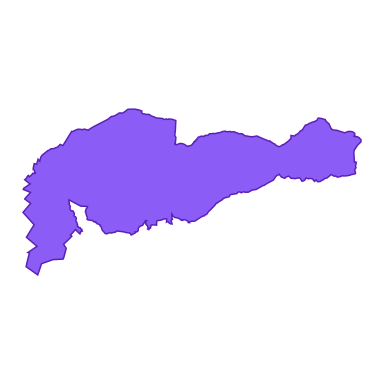 the district of Cetate, Bistrita-Nasaud, Romania
{"feature_id": "2599482B32384064794632", "entity_name": "Cetate", "entity_type": "district", "adm_level": 2, "iso_a3": "ROU", "parent_name": "Romania", "parent_adm1": "Bistrita-Nasaud", "projection": "albers", "projection_center": [24.662, 47.098], "detail": "fine", "context": "isolated", "style": "filled", "palette": "violet", "viewbox_px": 384, "rotation_deg": 0, "n_neighbors": 0, "source": "geoboundaries", "source_scale": "gbopen_adm2", "svg_char_len": 5955}
<svg xmlns="http://www.w3.org/2000/svg" viewBox="0 0 384 384"><path d="M361.0,139.6L360.0,138.9L359.4,137.9L358.3,137.2L357.3,136.7L356.4,136.9L356.3,136.6L355.7,136.2L355.0,136.5L354.0,136.4L354.9,133.9L354.3,133.0L353.3,132.2L352.4,131.8L351.2,131.5L348.4,131.4L344.6,132.8L336.5,130.2L333.0,130.0L331.9,129.2L330.8,128.0L328.9,123.6L327.2,122.3L325.6,120.7L325.3,119.6L320.0,118.2L318.2,118.1L316.8,120.4L313.9,121.8L312.0,122.2L310.6,123.0L308.7,123.7L307.2,124.8L305.5,125.0L304.3,126.8L302.4,129.9L300.4,131.0L297.8,133.9L296.1,134.6L294.5,136.0L291.0,135.5L291.0,138.4L288.7,140.8L284.0,144.4L282.4,144.7L281.6,145.6L279.4,146.6L278.0,146.4L276.0,145.3L274.7,144.0L272.4,143.0L271.8,142.1L270.5,141.9L270.0,140.9L268.6,141.0L260.4,137.6L259.6,137.1L258.4,137.0L258.2,136.6L257.2,136.0L252.6,136.7L250.6,136.7L246.8,136.0L244.9,135.8L242.3,133.8L239.8,133.6L239.0,133.9L237.7,133.1L236.1,132.7L234.6,131.8L230.9,131.9L230.5,131.5L227.0,131.7L225.9,131.6L225.4,131.1L222.6,131.5L220.0,132.6L217.6,132.9L215.8,133.5L215.1,133.5L214.7,133.7L213.6,133.4L211.5,133.7L209.4,133.8L208.4,135.1L207.0,135.4L205.8,135.3L205.0,135.6L204.9,135.9L204.5,135.9L204.3,136.2L203.9,136.2L203.6,136.5L202.4,136.2L200.9,136.3L200.2,136.4L200.0,136.9L199.7,137.0L198.5,137.0L198.0,137.4L197.7,138.0L197.2,138.5L196.9,139.2L196.0,139.8L195.9,140.6L195.8,140.9L194.7,141.1L194.5,141.8L193.8,142.0L193.4,143.2L192.7,143.6L192.5,144.2L191.9,144.8L190.5,145.6L189.0,145.8L188.3,146.3L187.2,146.3L186.2,145.5L184.0,144.2L183.2,143.9L181.7,143.5L179.7,143.5L177.8,144.3L176.0,144.7L175.0,144.4L174.9,143.8L175.2,143.5L175.0,143.4L175.2,143.0L175.5,142.1L175.3,142.0L175.3,141.8L175.4,141.4L175.6,140.7L175.9,137.4L174.7,135.2L175.0,133.7L175.4,129.8L175.8,120.5L173.2,119.7L172.8,119.4L172.0,119.3L169.5,119.0L168.4,119.0L168.1,119.4L167.2,119.3L166.2,118.9L165.4,119.3L164.4,119.5L162.6,118.6L161.6,118.4L158.8,118.1L156.7,118.1L154.4,117.0L151.2,115.9L149.5,114.6L148.5,114.3L146.1,114.5L145.5,114.1L144.8,114.0L143.3,113.9L142.4,113.4L141.6,112.7L141.8,111.0L138.1,109.7L137.3,109.7L136.5,109.4L133.9,109.1L128.0,109.3L127.2,109.7L125.5,111.2L122.4,113.2L120.2,112.9L118.7,113.2L117.6,114.1L115.2,115.5L113.6,116.2L111.3,116.5L107.9,119.3L93.2,126.9L89.1,129.4L88.5,130.2L84.4,129.1L82.7,129.6L78.9,129.2L77.6,129.3L74.9,130.4L72.6,131.6L71.8,131.3L70.9,132.6L62.9,145.6L60.2,144.4L57.8,146.8L56.7,147.5L55.0,148.0L54.1,148.5L50.9,148.8L48.7,150.4L48.1,150.4L42.1,155.2L41.0,156.8L40.4,158.5L39.8,161.2L38.1,159.2L36.6,164.2L34.2,163.6L33.2,168.3L33.2,169.6L34.2,169.9L34.7,171.6L34.7,172.3L35.3,172.5L35.4,173.2L34.0,173.6L33.0,173.2L31.7,174.7L29.6,176.7L28.3,175.4L27.2,176.7L27.1,176.9L27.3,177.0L25.9,178.8L24.7,179.7L28.4,182.8L30.2,183.9L23.8,188.2L23.3,189.5L30.5,192.4L24.7,198.9L24.8,199.1L30.6,203.4L23.0,212.4L34.1,224.7L26.4,237.3L37.0,246.3L27.9,252.5L29.4,252.9L27.1,262.1L26.1,266.7L37.7,274.9L39.8,269.0L41.5,263.7L53.1,259.6L63.0,259.1L63.3,258.9L64.1,256.4L66.2,248.3L63.6,244.2L67.4,240.7L71.8,236.2L70.4,235.0L72.7,232.7L75.5,229.5L77.0,231.2L79.9,233.9L81.1,231.1L81.9,231.4L82.3,231.1L82.0,230.8L81.8,229.4L80.7,228.6L80.1,227.7L79.4,227.8L79.0,227.6L78.5,226.7L77.4,226.5L77.2,225.9L77.6,225.0L77.5,224.3L77.0,223.8L76.9,222.5L76.6,222.0L76.0,221.4L75.9,220.8L76.3,218.2L76.1,217.6L75.4,216.7L74.9,216.6L74.1,216.0L73.9,215.5L74.3,214.5L74.3,213.9L73.9,212.5L73.5,211.7L72.8,210.8L71.5,211.0L70.8,210.3L70.2,209.5L70.0,208.8L70.3,206.3L68.9,203.9L69.1,203.4L69.4,203.2L68.8,200.7L68.8,200.2L68.9,199.8L80.6,206.1L87.5,206.5L87.0,207.9L86.4,208.6L85.7,210.0L85.4,212.0L85.9,212.2L86.1,214.0L86.6,215.8L87.4,217.4L87.1,219.4L88.0,219.9L91.2,220.3L92.8,220.7L93.8,221.8L94.5,221.9L95.0,221.5L95.9,222.0L95.7,222.4L97.2,223.6L97.2,223.8L98.0,223.9L99.8,224.8L99.6,225.0L100.0,225.5L100.2,225.9L100.9,226.4L101.2,227.1L102.2,230.1L105.3,233.6L106.8,233.8L109.4,232.7L111.6,233.1L112.8,232.6L115.3,232.2L117.0,231.0L124.1,231.9L125.8,232.5L129.0,232.9L130.3,233.5L131.0,234.4L130.9,234.8L131.2,235.0L135.1,233.0L135.4,232.2L135.8,232.1L135.5,231.9L137.1,231.6L137.7,231.2L138.2,230.7L138.3,229.0L138.5,227.8L140.0,226.3L142.7,225.3L143.4,224.0L143.5,223.5L144.8,222.3L145.0,221.2L145.4,220.6L146.6,220.8L145.9,221.4L145.8,222.1L145.8,222.8L145.6,223.8L147.4,225.9L148.0,227.3L147.9,228.6L147.6,228.9L148.3,229.5L148.9,229.6L149.0,229.1L149.6,228.3L150.5,228.1L150.6,227.7L150.4,227.0L151.0,226.2L151.2,225.0L155.6,224.9L156.6,225.2L156.7,221.1L157.3,220.7L160.8,220.2L164.9,218.8L166.7,219.0L166.5,222.1L167.2,221.7L168.1,221.7L169.5,223.4L170.6,223.8L172.1,224.0L171.1,220.6L171.2,220.1L172.5,219.4L172.4,218.8L171.7,217.3L171.9,214.0L172.6,215.2L172.9,216.1L174.8,217.5L177.2,217.9L178.1,217.9L179.4,218.9L180.6,219.4L181.2,220.2L182.5,220.4L182.4,219.8L185.1,219.7L187.7,221.1L188.3,222.6L189.6,222.7L189.5,221.8L191.2,221.4L192.7,221.2L194.9,221.1L200.2,217.6L203.2,215.9L204.1,216.0L205.2,214.9L206.6,214.4L208.6,211.5L210.5,209.8L215.2,204.9L216.2,203.3L217.3,203.1L218.4,202.0L221.8,200.1L223.7,198.3L226.1,197.5L229.2,196.7L230.4,194.6L236.9,193.6L237.7,192.5L238.5,192.0L240.0,192.0L241.4,192.8L242.2,192.2L244.0,191.8L245.3,192.3L247.1,192.1L248.0,192.3L250.1,191.3L251.2,190.5L253.1,189.9L256.1,189.5L263.1,185.5L264.0,185.4L268.0,182.9L273.4,180.1L276.0,176.2L279.2,174.3L281.4,177.1L284.8,178.3L286.5,176.8L288.8,176.1L291.0,178.3L295.1,178.6L299.2,177.8L300.2,178.5L301.1,179.8L301.8,181.1L302.9,181.1L304.7,180.2L306.1,177.9L308.2,178.8L310.6,178.4L312.8,179.1L313.5,180.4L314.5,181.4L316.0,179.9L317.6,181.7L319.9,181.6L322.2,180.2L323.7,179.6L324.3,178.6L327.3,177.8L331.1,174.5L333.9,176.1L335.6,176.1L337.5,177.1L340.0,176.7L342.5,175.7L343.7,176.0L347.5,175.7L349.8,175.2L351.8,174.5L353.7,174.2L355.5,173.5L355.3,172.1L354.7,170.2L355.1,169.0L356.0,167.8L355.5,166.4L355.9,164.7L356.3,162.3L355.2,161.9L354.4,162.2L353.8,151.8L354.4,150.0L357.5,145.3L360.9,141.9L361.0,139.6Z" fill="#8b5cf6" stroke="#5b21b6" stroke-width="1.5"/></svg>